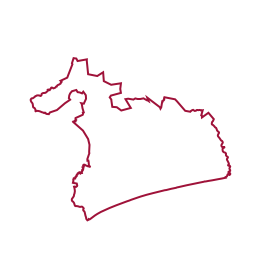 outline of San Marcos, Guerrero, Mexico, rotated 335°
{"feature_id": "50627088B28272611145429", "entity_name": "San Marcos", "entity_type": "district", "adm_level": 2, "iso_a3": "MEX", "parent_name": "Mexico", "parent_adm1": "Guerrero", "projection": "mercator", "projection_center": [-99.468, 16.852], "detail": "fine", "context": "isolated", "style": "outline", "palette": "rose", "viewbox_px": 256, "rotation_deg": 335, "n_neighbors": 0, "source": "geoboundaries", "source_scale": "gbopen_adm2", "svg_char_len": 5572}
<svg xmlns="http://www.w3.org/2000/svg" viewBox="0 0 256 256"><g transform="rotate(335 128 128)"><path d="M71.4,59.4L71.3,60.1L71.1,60.4L69.1,61.0L68.3,61.2L67.6,61.1L66.0,60.5L65.2,60.4L64.5,60.5L64.2,60.6L64.0,60.8L63.4,61.7L62.8,62.0L62.5,62.0L62.1,61.9L61.2,60.9L59.5,60.1L59.1,60.0L58.3,60.1L57.4,60.0L56.6,60.4L54.3,60.8L53.8,60.7L53.5,60.5L52.9,60.5L52.1,60.9L51.8,61.2L51.6,61.6L51.4,62.6L51.4,63.4L51.8,65.0L51.8,65.9L50.9,68.8L51.0,69.5L51.7,70.3L51.9,71.9L51.8,72.9L51.3,73.4L51.4,73.8L52.4,73.9L52.9,74.1L54.0,74.7L55.1,75.6L56.2,76.8L56.4,77.1L57.5,78.0L58.0,78.7L58.3,78.8L58.6,78.8L58.7,79.1L59.0,79.4L59.6,79.4L59.8,80.4L60.0,80.7L61.0,81.4L61.4,81.5L61.8,81.8L62.1,82.0L63.8,80.9L71.2,81.7L81.4,78.9L87.5,77.9L87.0,76.0L88.6,73.6L90.2,72.2L92.7,71.0L94.1,71.2L97.2,71.7L97.5,74.2L99.3,75.4L101.0,77.2L102.8,76.2L103.6,80.3L103.5,80.8L102.3,83.8L98.2,87.3L96.1,85.8L96.2,86.9L95.1,90.9L94.5,95.1L93.6,95.0L93.5,95.9L92.5,96.9L84.7,96.8L84.2,97.6L84.1,97.9L84.4,98.8L84.1,98.9L83.7,98.8L83.3,98.9L83.5,99.5L83.3,99.8L82.0,99.4L81.5,99.1L81.0,99.0L80.8,99.1L80.9,99.5L81.1,99.9L86.1,111.3L87.2,121.1L86.0,127.0L82.5,133.6L82.4,134.4L78.0,139.0L77.4,140.5L78.3,140.8L78.0,142.1L76.6,145.9L77.1,146.3L77.2,146.6L77.2,146.9L77.0,147.0L76.7,146.6L75.6,145.9L73.8,143.9L73.3,143.1L72.8,142.7L72.6,142.8L72.4,142.6L72.0,142.6L71.8,142.8L72.2,143.0L72.3,143.1L72.2,143.3L71.9,143.3L71.8,144.0L71.7,144.3L71.5,144.5L71.1,144.3L70.8,144.7L70.6,144.4L70.3,144.4L70.4,144.8L70.3,146.0L69.9,146.1L69.7,146.6L69.6,146.9L69.5,147.0L69.3,147.0L69.1,147.1L68.8,146.8L68.7,146.7L68.6,146.8L68.7,147.1L68.7,147.3L68.6,147.5L68.0,148.1L67.8,148.1L67.4,148.0L67.2,148.1L67.3,148.6L67.2,149.2L66.8,149.0L65.6,149.2L65.6,148.7L65.3,148.5L65.4,148.0L65.4,147.7L65.2,147.5L64.8,147.6L64.8,147.8L64.7,147.9L64.1,147.8L63.7,147.9L63.3,147.8L63.1,147.9L62.9,148.1L62.9,148.4L62.8,148.7L62.6,148.7L62.4,148.7L62.1,149.0L61.9,149.1L61.6,148.9L61.0,149.4L61.0,150.0L60.5,150.1L60.0,150.5L59.9,150.5L59.8,150.1L59.7,150.1L59.2,150.6L59.1,151.1L58.8,151.5L58.6,151.5L58.4,151.4L58.4,151.2L58.6,151.1L58.4,151.0L58.1,151.2L57.5,150.7L56.4,151.9L56.3,152.6L56.0,153.2L55.4,153.7L54.9,154.4L58.1,156.7L57.7,158.6L57.3,159.1L56.5,159.3L55.9,159.4L55.1,158.6L54.3,158.4L54.0,160.2L53.3,162.4L53.1,162.9L51.8,164.8L51.0,165.5L50.3,166.6L49.8,167.1L47.7,168.3L47.2,168.6L46.9,169.0L46.6,169.6L46.5,170.3L46.7,171.0L47.1,171.6L47.2,172.1L47.4,173.1L47.4,173.5L47.2,174.5L47.2,174.9L47.1,175.4L47.1,176.1L47.5,176.6L47.8,176.8L48.0,176.8L48.5,177.1L49.7,177.9L50.0,178.2L50.6,178.8L51.0,179.1L51.6,179.4L52.4,179.5L53.3,180.1L53.9,182.0L53.8,182.3L53.1,182.8L52.9,183.1L52.7,183.7L52.8,184.2L53.2,185.3L53.1,186.3L52.4,189.5L52.2,191.4L51.8,192.7L52.2,194.5L53.3,194.5L53.6,194.4L54.0,194.0L54.3,194.4L54.6,194.6L55.4,194.5L61.1,193.3L64.0,192.9L68.1,192.6L77.4,192.7L84.7,193.1L95.9,194.0L98.6,194.3L100.5,194.4L107.2,195.1L110.7,195.5L116.7,196.4L123.2,197.6L134.9,199.9L136.5,200.4L141.2,201.3L146.2,202.5L147.6,202.6L148.2,202.8L157.0,204.7L174.2,208.8L174.7,208.8L175.9,209.3L178.7,210.0L182.2,211.0L187.7,212.4L191.5,213.4L195.3,214.3L195.2,213.9L195.4,213.7L197.0,213.7L197.5,213.4L198.4,212.4L198.8,212.1L199.4,212.2L199.7,213.0L200.0,213.4L200.3,213.4L200.8,213.3L201.1,213.1L201.4,212.5L201.4,212.2L201.2,211.8L200.5,211.2L200.3,210.8L200.4,210.4L200.6,210.2L201.2,210.1L202.0,210.2L202.3,210.1L202.5,210.0L202.8,209.3L202.7,207.9L202.9,207.4L204.3,206.2L204.3,205.4L204.2,205.1L204.1,204.9L203.2,204.7L203.0,204.3L203.0,204.0L204.2,203.2L204.4,202.8L204.4,200.6L204.3,198.8L204.4,198.2L204.7,197.8L205.9,197.1L206.1,196.9L206.2,196.7L206.1,196.3L205.5,195.2L205.3,194.6L205.3,194.0L206.0,192.5L205.8,191.6L204.5,190.3L204.1,189.2L204.5,187.7L204.9,186.9L205.2,186.6L205.7,186.5L207.0,186.4L207.2,186.2L207.2,185.9L205.7,185.2L205.3,184.9L205.1,184.2L205.2,183.5L205.3,183.2L205.7,182.7L207.1,181.8L207.6,181.4L207.8,181.1L207.9,180.4L207.8,179.6L207.1,178.6L206.7,175.9L206.1,173.6L206.2,172.9L206.5,172.4L206.9,172.0L208.4,170.9L208.6,170.4L208.4,169.7L208.0,169.0L207.7,167.9L207.9,165.8L207.9,165.2L207.7,164.9L207.2,164.1L207.0,163.0L206.4,161.4L206.1,160.9L205.7,160.4L205.6,160.1L205.9,159.2L206.2,158.8L206.8,158.1L207.8,157.7L208.3,157.3L209.0,156.7L209.5,156.2L207.3,148.2L199.5,149.7L200.2,147.8L199.8,147.4L203.2,143.5L202.1,143.2L201.9,142.8L201.4,142.8L201.1,142.3L200.3,141.8L199.1,141.5L198.7,141.1L198.0,140.8L197.7,140.8L197.2,141.0L195.8,140.8L195.6,140.6L195.2,140.0L194.7,139.1L194.2,139.0L193.1,139.0L192.1,139.3L192.0,139.2L191.4,139.3L191.2,139.5L187.1,136.6L183.7,124.6L182.8,121.9L174.0,115.5L173.2,116.3L173.1,117.1L172.7,117.7L172.5,117.8L172.4,117.6L172.1,117.6L171.7,118.1L170.7,118.2L170.6,118.6L170.3,118.9L170.1,118.6L166.8,123.4L165.6,124.2L165.7,122.7L158.3,108.6L158.0,112.2L157.3,111.0L156.9,110.9L156.6,110.6L156.3,110.1L154.6,107.7L151.4,106.9L149.0,105.8L147.1,104.3L144.9,104.5L140.5,101.5L137.9,100.8L139.0,111.0L129.3,109.3L126.6,104.4L122.7,102.2L124.5,96.2L124.9,95.2L124.4,92.5L126.2,91.4L136.4,93.2L137.5,89.3L140.5,84.5L131.0,81.7L125.9,75.3L129.0,67.0L122.1,67.9L114.6,62.4L119.1,49.5L119.7,48.4L110.6,46.0L110.5,43.2L108.2,41.7L104.5,45.7L104.6,46.7L94.2,56.7L86.9,56.7L87.5,57.8L87.4,58.1L87.1,58.3L86.4,58.3L86.2,58.5L86.0,59.0L85.8,59.2L84.0,59.5L83.0,59.4L81.8,59.6L81.6,59.7L81.0,60.3L80.2,60.1L79.3,60.7L77.2,60.6L77.0,60.4L76.6,59.6L75.7,59.0L75.3,59.1L75.1,59.5L74.9,59.6L74.3,59.8L73.8,59.9L73.5,60.3L73.0,60.6L72.5,60.3L72.4,60.1L72.3,59.7L72.1,59.5L71.8,59.4L71.4,59.4Z" fill="none" stroke="#9f1239" stroke-width="2"/></g></svg>